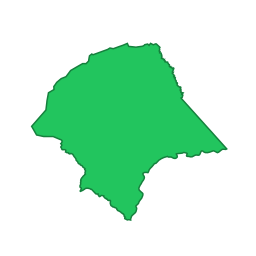 Marechal Thaumaturgo, Acre, Brazil, rotated 228°
{"feature_id": "56859067B20321817435664", "entity_name": "Marechal Thaumaturgo", "entity_type": "district", "adm_level": 2, "iso_a3": "BRA", "parent_name": "Brazil", "parent_adm1": "Acre", "projection": "equal_earth", "projection_center": [-72.677, -9.092], "detail": "fine", "context": "isolated", "style": "filled", "palette": "green", "viewbox_px": 256, "rotation_deg": 228, "n_neighbors": 0, "source": "geoboundaries", "source_scale": "gbopen_adm2", "svg_char_len": 5728}
<svg xmlns="http://www.w3.org/2000/svg" viewBox="0 0 256 256"><g transform="rotate(228 128 128)"><path d="M202.5,86.1L201.2,84.7L200.7,84.1L196.3,79.1L195.3,70.7L195.1,69.1L194.9,67.4L193.7,57.5L192.2,57.2L184.0,55.4L178.0,59.7L177.6,60.2L171.7,66.7L169.8,67.6L165.1,69.8L164.4,70.2L163.7,70.4L163.1,70.5L162.6,70.3L162.1,69.9L161.6,69.3L161.4,68.5L161.4,67.6L160.7,67.5L160.0,67.6L159.4,67.2L159.2,66.7L159.1,66.0L158.8,65.3L158.1,65.2L157.6,65.1L156.7,64.7L156.0,64.6L155.6,64.9L155.3,65.2L154.6,66.1L154.1,66.6L153.6,66.7L153.0,66.9L152.4,66.2L152.0,65.5L151.4,65.8L150.8,66.0L150.3,66.2L150.1,66.6L149.7,67.0L149.2,67.2L148.8,66.9L148.0,67.1L147.4,67.9L147.3,68.5L146.9,68.8L146.5,68.9L146.1,69.2L145.6,69.3L145.0,69.4L144.4,69.1L143.7,69.0L142.9,68.9L142.4,68.8L141.7,68.9L141.2,68.8L140.7,68.7L140.1,68.7L139.4,68.3L138.8,67.9L138.3,67.9L137.7,67.9L137.2,68.0L136.7,68.0L136.1,67.8L135.5,67.6L134.9,67.4L134.4,67.5L133.9,67.7L133.6,68.1L133.1,68.2L132.6,67.9L132.1,68.1L131.5,68.1L130.8,68.6L130.4,68.7L129.9,68.6L129.3,68.3L128.6,68.5L128.1,68.6L127.7,68.6L127.1,68.8L126.4,68.8L126.1,68.0L125.7,68.0L125.3,67.9L124.8,67.9L124.4,67.6L124.2,67.1L123.9,66.6L123.5,66.1L122.9,65.7L122.3,65.5L122.4,64.7L122.1,64.0L122.2,62.8L122.1,61.9L121.9,61.4L121.9,60.6L121.7,59.8L121.5,59.1L121.3,58.5L120.9,58.2L120.6,57.7L120.2,57.7L119.8,57.1L119.4,56.4L118.9,56.1L118.6,55.9L118.0,55.2L117.5,54.6L117.4,54.0L117.0,53.5L116.7,53.3L116.3,52.9L115.8,52.8L115.4,52.9L114.8,53.1L114.3,52.9L113.9,52.1L113.5,51.4L113.3,50.8L113.2,50.3L112.7,50.3L112.4,51.2L112.3,52.0L111.9,52.5L111.9,53.1L111.8,53.9L111.6,54.6L111.6,55.6L111.4,56.2L111.1,56.6L110.9,57.1L110.4,57.5L110.0,58.1L109.3,58.4L108.8,58.8L108.3,59.1L107.8,59.3L107.2,59.4L106.8,59.9L101.9,60.0L101.1,60.0L100.7,60.0L100.4,60.3L100.0,60.6L99.6,60.7L99.3,61.1L99.1,61.6L98.6,61.3L98.1,61.0L97.5,61.1L96.8,60.8L96.2,60.8L95.8,61.5L95.8,62.2L95.8,62.8L95.5,63.3L94.9,63.7L94.4,64.2L93.8,64.6L93.3,64.1L92.7,64.0L92.0,64.0L91.5,64.1L90.9,64.0L90.5,64.2L90.1,64.7L89.5,64.5L89.1,64.9L88.5,64.9L87.8,64.7L87.2,65.0L86.9,65.4L86.6,65.6L86.4,66.2L85.8,66.3L85.2,65.9L84.8,65.4L84.3,64.8L83.7,64.3L83.0,64.0L82.6,63.8L81.9,63.5L81.3,63.5L80.8,63.8L80.1,63.8L79.6,63.9L79.2,64.1L78.8,64.6L78.2,64.7L77.7,64.9L77.2,65.3L76.7,65.5L76.0,65.6L75.4,65.6L74.9,65.2L74.3,65.3L73.7,65.1L73.2,65.3L72.5,65.7L71.9,65.8L71.3,66.1L70.5,66.3L69.9,66.4L69.4,66.3L68.7,66.6L68.3,66.6L67.6,66.7L67.3,67.1L66.3,66.9L65.7,66.7L65.3,66.3L64.7,66.1L64.2,66.3L63.6,66.2L63.3,65.3L62.8,65.0L62.1,65.1L61.6,65.6L61.0,65.7L60.5,65.8L60.1,66.0L59.8,66.7L59.3,67.3L58.7,67.8L58.3,68.1L57.8,68.4L58.6,69.1L59.1,69.9L59.9,71.4L60.2,72.3L60.2,76.7L60.5,77.9L61.8,79.9L62.6,80.8L64.5,81.4L64.8,81.8L64.9,85.2L65.8,86.8L66.2,88.3L66.7,91.2L67.9,93.7L69.0,95.0L69.8,95.2L70.7,95.1L72.3,94.9L74.4,94.8L75.7,95.5L76.3,96.2L76.6,97.0L77.3,98.5L77.7,100.3L78.5,102.4L79.1,105.0L79.7,106.3L80.3,107.1L81.2,107.6L83.3,108.0L84.3,108.8L84.0,110.4L82.7,112.0L82.1,112.4L81.5,113.0L81.8,114.0L82.7,115.7L83.1,117.4L83.2,119.7L83.6,122.6L83.7,123.2L83.9,123.8L83.1,125.0L83.2,127.2L83.3,128.1L83.4,129.9L83.1,130.9L83.0,132.0L82.1,134.9L80.5,138.3L79.5,138.5L78.3,139.8L77.5,140.7L75.4,141.5L74.4,142.1L73.7,142.9L73.4,143.8L73.4,144.9L74.1,145.8L76.4,146.5L76.3,147.0L75.5,148.0L75.1,148.8L74.6,149.3L73.0,151.6L72.6,152.9L72.0,153.5L70.1,154.8L69.4,154.9L68.3,153.0L67.9,152.8L67.2,153.1L66.6,153.8L64.7,155.2L63.7,156.4L62.9,159.5L62.5,160.4L60.7,162.1L60.3,162.8L60.3,163.5L61.3,165.8L61.7,166.5L61.6,167.6L60.9,168.1L59.2,168.4L58.0,169.0L56.4,170.7L55.3,172.8L54.0,176.1L53.1,176.7L49.9,177.9L49.4,179.1L49.2,182.7L49.0,183.9L48.3,184.8L46.6,186.4L46.4,187.4L114.1,187.4L114.8,187.5L114.8,188.1L114.5,188.7L114.7,189.2L115.2,189.8L115.6,190.6L116.1,190.8L116.6,191.1L117.0,190.4L117.3,191.0L117.2,191.6L117.7,191.4L117.6,192.2L118.0,191.9L118.6,191.5L119.2,191.2L119.7,191.9L120.2,192.3L120.8,191.9L121.3,192.3L121.3,193.0L121.7,192.9L122.3,193.8L122.9,193.8L122.9,194.4L123.3,194.5L123.7,193.6L124.2,193.7L124.6,193.6L125.3,193.2L125.8,193.3L126.2,193.4L126.6,193.3L127.0,193.2L127.4,193.6L127.8,194.0L128.1,194.6L128.5,194.8L129.0,194.2L129.5,194.5L130.2,194.7L130.6,195.2L131.2,195.5L131.8,195.3L132.2,195.4L132.6,195.8L133.1,196.1L133.9,196.0L133.9,196.8L134.7,196.8L135.3,196.4L135.6,197.2L136.1,196.9L136.4,197.5L137.1,197.6L137.6,197.5L138.2,197.6L138.8,197.8L139.0,198.5L139.3,198.0L139.6,198.6L140.2,198.8L140.2,199.4L140.7,199.9L140.8,200.7L141.3,201.1L141.5,201.8L142.1,202.0L142.3,201.5L142.5,200.8L143.1,200.9L143.8,201.1L144.2,200.4L144.7,200.2L145.1,200.7L145.5,200.1L146.1,200.0L146.6,200.6L147.0,200.9L147.4,201.1L148.0,200.8L148.6,201.0L149.0,201.1L149.5,201.2L149.9,201.1L150.5,201.5L151.0,201.0L151.4,200.4L151.9,200.3L152.3,200.4L152.6,199.9L153.2,200.5L153.8,200.3L154.4,200.3L154.6,200.8L155.0,200.2L155.5,200.2L156.2,200.5L156.6,200.4L156.8,199.9L157.3,199.5L157.8,200.1L158.5,200.7L158.7,201.4L159.3,201.3L159.8,201.6L160.1,202.1L160.7,202.2L161.5,202.7L162.2,202.3L162.7,201.8L163.2,202.3L163.4,203.0L163.8,202.9L164.3,202.7L164.7,203.2L164.9,203.9L165.6,204.3L166.0,204.6L166.4,204.9L166.6,205.7L171.5,205.3L172.1,204.7L172.9,202.5L175.8,201.4L175.3,198.9L177.2,198.8L178.1,197.3L178.7,196.2L178.6,195.0L179.1,193.4L181.7,189.6L182.8,187.9L183.2,187.6L186.0,185.1L187.0,184.2L188.2,183.1L191.3,184.1L192.9,179.5L194.6,175.5L195.8,172.5L196.8,170.1L199.5,168.1L200.0,165.4L202.2,160.0L205.1,152.8L205.8,151.1L206.4,150.8L207.2,150.6L207.4,147.7L206.3,146.2L204.1,143.5L203.9,139.9L206.2,137.4L207.8,130.1L209.1,123.8L208.7,121.9L207.6,116.3L209.4,111.4L209.6,105.6L208.8,102.4L208.5,100.7L206.1,98.7L207.4,92.5L202.8,86.5L202.5,86.1Z" fill="#22c55e" stroke="#15803d" stroke-width="1.5"/></g></svg>